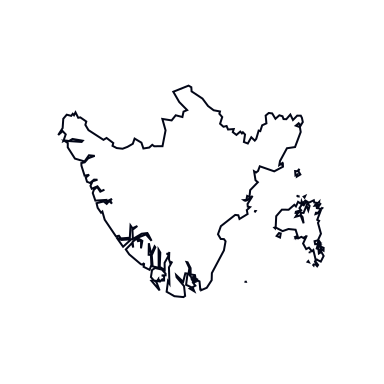 the district of Southland District, Southland, New Zealand, rotated 287°
{"feature_id": "76426892B99609638104575", "entity_name": "Southland District", "entity_type": "district", "adm_level": 2, "iso_a3": "NZL", "parent_name": "New Zealand", "parent_adm1": "Southland", "projection": "equal_earth", "projection_center": [167.626, -45.773], "detail": "fine", "context": "isolated", "style": "outline", "palette": "ink", "viewbox_px": 384, "rotation_deg": 287, "n_neighbors": 0, "source": "geoboundaries", "source_scale": "gbopen_adm2", "svg_char_len": 6109}
<svg xmlns="http://www.w3.org/2000/svg" viewBox="0 0 384 384"><g transform="rotate(287 192 192)"><path d="M207.4,47.4L212.4,50.5L210.2,54.4L203.1,54.1L204.1,55.1L204.8,59.5L207.8,62.2L209.1,72.5L207.6,71.8L203.7,55.0L202.5,58.9L198.4,60.1L189.7,70.3L189.8,80.3L197.0,82.7L198.1,88.4L193.9,82.9L189.0,80.7L187.3,77.7L184.8,78.6L176.2,84.5L178.4,88.6L174.7,86.2L171.1,88.6L170.8,91.8L175.2,94.7L176.1,98.0L173.2,93.8L168.2,93.1L165.8,95.2L169.8,99.9L166.3,104.8L168.6,107.6L165.5,104.2L169.1,99.8L165.4,97.5L162.0,97.4L155.5,102.1L159.4,112.4L157.6,112.7L162.0,117.4L159.8,116.3L157.5,118.8L159.1,115.4L155.7,113.9L157.1,110.3L153.4,104.0L149.3,106.4L145.6,111.1L147.1,112.0L140.0,116.6L127.3,132.3L128.8,134.9L126.8,137.5L130.1,145.9L142.0,143.0L139.9,145.7L143.5,149.7L138.4,146.1L129.8,149.2L137.4,156.1L139.7,161.3L138.2,163.0L133.5,167.6L137.9,160.4L132.1,153.0L130.7,158.8L123.2,159.7L130.8,157.5L129.2,154.7L131.4,152.8L127.0,149.8L121.7,152.0L125.6,149.5L117.7,145.5L114.0,150.2L108.0,164.2L108.0,165.6L109.4,166.6L109.2,167.2L106.3,167.6L105.2,174.2L110.3,174.5L119.8,171.1L119.3,168.9L130.4,165.7L120.8,171.1L129.1,172.1L128.4,173.1L119.8,172.0L109.4,176.1L109.8,182.3L127.1,176.9L124.8,179.4L111.0,183.0L109.4,188.7L116.3,186.5L124.6,188.3L125.9,185.6L125.6,188.0L128.0,187.8L120.8,189.7L117.5,192.1L118.9,192.6L118.8,193.2L113.2,192.0L97.8,197.2L99.7,195.1L89.2,196.9L87.2,205.6L89.0,214.5L90.6,215.8L99.7,211.9L106.0,202.2L107.9,201.2L103.5,209.8L112.3,209.4L112.7,211.6L101.5,213.5L100.7,219.7L99.0,218.1L97.7,223.2L101.1,220.4L103.4,222.6L105.5,219.6L106.5,220.8L106.3,219.6L109.3,216.4L107.2,219.9L108.6,221.9L110.3,218.3L110.3,220.3L112.2,219.6L110.0,216.5L112.9,212.6L118.5,211.7L123.4,207.3L123.5,208.3L118.8,212.9L112.8,214.8L113.4,219.1L110.2,220.8L109.9,223.3L109.3,221.5L108.7,225.3L101.5,228.3L101.8,228.6L101.4,229.3L100.8,229.5L104.7,234.1L113.4,236.6L120.3,234.7L145.5,239.6L154.7,238.5L156.3,236.3L155.5,233.2L159.2,229.2L167.8,229.6L182.7,240.0L183.3,243.1L180.1,245.3L187.2,251.6L190.7,249.7L194.5,251.9L194.3,249.6L196.8,248.6L205.9,251.1L200.1,247.0L199.2,245.5L199.2,244.5L199.4,243.9L200.3,246.3L204.4,245.9L204.0,248.4L210.8,247.1L220.6,252.1L221.8,249.3L230.0,245.3L229.4,247.6L231.4,249.0L236.4,249.3L235.8,264.6L242.8,271.6L246.5,270.3L244.5,270.9L244.4,270.3L245.4,270.5L246.2,270.2L246.3,270.1L243.3,267.6L247.3,267.1L261.6,270.0L265.1,277.4L281.2,278.4L286.8,275.6L285.6,275.4L285.8,271.9L288.9,273.9L286.9,276.4L291.3,277.5L295.1,275.4L296.8,273.7L295.8,270.3L290.4,267.5L294.8,263.4L289.2,260.9L288.5,258.2L290.9,256.4L290.9,253.1L286.4,250.4L290.6,245.7L290.0,242.3L286.6,240.1L279.4,243.1L276.3,239.6L270.2,239.5L270.2,237.8L261.6,237.9L259.5,237.0L261.7,232.7L254.7,231.2L255.0,227.0L262.5,225.9L264.0,223.2L262.6,222.6L263.9,220.5L259.6,217.8L261.2,213.5L264.4,213.5L262.3,208.2L265.2,205.8L263.6,203.0L265.5,198.9L272.5,199.0L274.8,195.3L277.2,195.2L276.5,188.8L278.9,182.2L284.4,174.7L288.1,162.2L292.0,160.7L292.7,157.6L282.4,144.8L274.3,153.5L268.9,163.4L266.4,160.4L260.9,160.9L260.6,154.0L254.5,151.6L253.2,142.3L243.2,148.7L227.2,150.4L224.7,142.5L225.5,140.2L222.0,138.1L219.4,132.8L224.4,129.2L226.3,121.5L220.8,121.3L216.3,117.1L213.1,113.0L212.0,107.1L212.9,102.5L215.8,102.4L218.7,94.5L216.0,92.1L220.9,74.9L225.0,70.4L228.5,70.3L230.7,63.4L229.7,61.5L234.1,57.3L230.9,56.7L231.9,55.1L229.5,54.2L229.3,49.6L224.4,47.5L215.3,49.6L207.4,47.4ZM193.5,279.6L182.5,282.4L181.1,290.1L184.8,295.1L186.2,302.1L178.8,307.2L181.1,309.7L180.4,312.6L181.3,312.4L181.8,312.9L182.1,313.6L182.0,314.0L182.9,313.9L183.1,314.0L183.1,314.4L175.2,313.3L170.8,317.9L173.0,320.1L170.4,324.0L172.0,325.0L164.0,329.7L163.1,335.5L169.3,336.6L173.3,332.4L175.0,332.7L174.4,334.9L177.1,334.2L177.5,330.2L175.2,332.4L174.3,331.4L171.4,332.3L170.3,331.3L176.6,328.7L173.6,327.8L179.2,327.7L178.1,325.0L180.8,323.6L182.6,326.5L189.8,327.5L199.3,321.5L201.6,322.0L202.0,319.9L212.8,320.6L208.2,318.2L208.3,317.7L207.6,317.2L207.8,317.0L207.2,316.9L207.0,316.6L208.0,316.6L207.8,317.3L208.4,317.6L208.4,318.2L213.6,320.5L213.2,316.7L219.0,318.5L214.0,315.7L215.8,314.9L215.6,313.8L214.9,313.8L214.7,313.3L215.7,313.6L217.2,315.4L218.3,315.6L217.7,312.0L219.7,310.9L216.0,306.9L217.2,302.0L213.1,308.5L208.4,308.6L212.6,305.5L204.6,304.8L204.0,302.2L202.0,302.7L200.3,305.1L194.7,307.9L201.4,302.7L198.6,298.3L203.1,299.5L202.3,297.2L203.5,297.1L205.3,299.8L203.8,300.2L206.4,301.8L208.0,299.5L213.2,301.1L215.0,299.6L212.5,300.0L213.6,296.3L208.6,295.6L209.7,293.6L203.3,289.6L201.4,283.1L193.5,279.6ZM105.7,176.6L98.6,177.6L96.4,181.2L95.3,179.1L88.4,189.8L95.5,184.3L96.3,181.4L96.5,184.5L98.5,185.2L95.9,185.9L98.6,185.7L97.1,187.6L100.6,189.5L98.5,189.2L99.2,191.2L103.4,189.9L103.4,187.4L104.6,191.1L106.2,190.6L109.0,185.9L108.5,178.9L105.7,176.6ZM126.4,133.2L119.5,142.1L129.1,147.8L125.5,138.5L126.4,133.2ZM174.7,285.8L174.2,289.5L178.3,289.0L178.2,287.2L174.7,285.8ZM242.2,284.5L238.1,286.1L239.6,287.6L237.5,287.9L240.4,290.5L242.9,287.8L242.2,284.5ZM161.6,330.5L158.9,331.3L157.6,333.4L159.1,333.9L161.6,330.5ZM182.8,327.3L180.3,327.2L181.4,329.1L182.8,327.3ZM214.3,303.1L211.0,302.5L214.4,303.4L214.3,303.1ZM221.3,301.4L220.2,300.2L219.6,301.2L221.3,301.4ZM178.7,329.4L177.9,330.1L178.8,330.5L178.7,329.4ZM159.0,329.8L157.6,329.3L157.3,329.8L159.0,329.8ZM179.4,329.3L178.8,328.1L178.2,328.7L179.4,329.3ZM192.3,257.9L190.9,257.9L192.4,258.4L192.3,257.9ZM159.9,323.4L159.0,323.0L159.0,324.3L159.9,323.4ZM179.4,305.8L178.4,305.2L178.9,306.6L179.4,305.8ZM121.9,269.8L122.6,269.3L121.8,269.4L121.9,269.8ZM245.5,287.9L244.5,287.5L244.5,287.8L245.5,287.9ZM179.6,304.3L179.1,303.7L178.5,304.4L179.6,304.3ZM214.8,301.5L214.2,300.9L213.9,301.1L213.7,301.0L213.8,301.4L214.8,301.5ZM219.2,294.2L218.8,293.2L219.0,294.5L219.2,294.2ZM214.7,321.1L213.8,321.2L214.7,321.4L214.7,321.1ZM218.8,294.9L218.1,295.3L218.9,295.2L218.8,294.9ZM182.3,281.6L182.0,281.2L181.7,281.8L182.3,281.6ZM162.1,330.3L161.6,329.9L161.2,330.2L162.1,330.3ZM168.6,322.1L167.9,322.4L168.7,322.2L168.6,322.1ZM219.2,316.2L218.7,316.5L219.6,316.4L219.2,316.2Z" fill="none" stroke="#020617" stroke-width="2"/></g></svg>